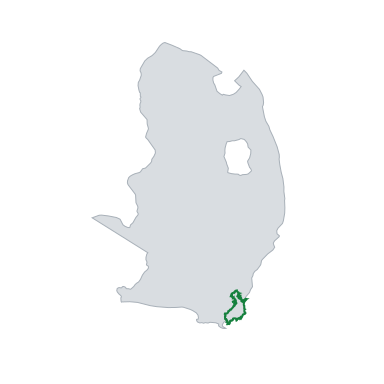 Overberg, Western Cape, South Africa shown in context, rotated 302°
{"feature_id": "47623444B61406186088349", "entity_name": "Overberg", "entity_type": "district", "adm_level": 2, "iso_a3": "ZAF", "parent_name": "South Africa", "parent_adm1": "Western Cape", "projection": "orthographic", "projection_center": [19.752, -34.228], "detail": "fine", "context": "in_parent", "style": "outline", "palette": "green", "viewbox_px": 384, "rotation_deg": 302, "n_neighbors": 0, "source": "geoboundaries", "source_scale": "gbopen_adm2", "svg_char_len": 8235}
<svg xmlns="http://www.w3.org/2000/svg" viewBox="0 0 384 384"><g transform="rotate(302 192 192)"><path d="M269.2,82.8L278.1,82.5L282.0,83.5L286.6,85.9L290.9,87.0L298.4,87.2L301.0,87.8L303.0,88.6L304.4,89.8L305.9,97.5L307.1,105.7L306.9,108.3L307.0,109.3L308.8,112.9L309.4,115.1L310.5,117.0L312.5,125.9L312.6,127.4L310.7,148.1L309.5,150.5L309.6,153.8L308.3,154.1L301.5,149.1L300.2,149.1L298.0,150.4L295.9,152.6L294.9,154.6L290.7,159.8L290.2,163.4L290.2,166.4L291.4,166.7L292.1,169.0L293.7,172.7L296.8,175.3L299.8,176.7L304.1,177.5L307.5,177.8L307.5,175.4L308.9,169.2L314.4,170.7L322.8,171.5L321.8,175.6L317.8,184.5L314.8,194.8L311.8,199.8L310.2,201.9L305.8,205.3L303.5,206.3L301.7,206.5L294.1,213.6L291.2,217.1L288.4,222.4L285.9,225.2L282.0,231.3L275.4,240.3L270.0,246.1L267.7,247.7L266.1,248.4L262.0,251.7L256.1,257.1L251.6,261.9L245.0,267.3L241.2,269.6L235.5,274.3L234.0,274.9L227.7,279.2L223.2,281.8L216.1,284.7L213.3,285.4L206.8,284.1L204.0,284.4L201.6,286.3L201.2,289.2L200.3,289.6L194.3,287.9L191.8,288.0L190.3,289.5L189.0,291.4L185.6,291.3L179.5,289.0L172.4,287.5L170.7,287.3L167.1,288.7L165.9,288.8L160.8,288.4L158.0,287.3L155.3,287.2L153.2,288.0L150.7,288.2L143.7,293.5L140.2,293.4L137.2,294.0L131.9,293.2L130.3,293.5L128.7,294.5L125.0,294.9L123.6,295.7L117.4,300.6L114.9,300.1L111.7,300.1L108.1,297.4L106.7,297.6L107.1,296.8L107.2,295.4L105.9,293.9L104.5,294.0L103.7,292.8L101.5,292.7L99.8,293.1L99.4,288.5L98.5,288.0L96.3,288.0L95.3,288.1L94.8,288.6L94.2,289.6L94.3,292.9L93.5,291.9L92.6,290.0L92.3,288.0L92.6,285.5L94.2,284.6L93.7,281.5L91.0,276.2L89.4,275.1L88.2,272.4L86.9,271.4L86.4,269.5L85.1,268.0L84.7,265.6L85.3,264.2L86.4,263.4L87.5,264.6L88.8,264.1L90.7,262.4L91.8,259.7L91.8,255.5L91.5,252.8L89.8,246.0L89.1,244.4L85.6,239.6L81.4,233.1L76.1,222.9L73.5,216.8L69.5,204.3L66.0,197.4L61.7,190.9L61.2,190.5L61.8,189.7L64.0,188.1L65.0,187.6L65.5,187.8L66.0,187.4L66.5,186.3L66.8,184.0L67.7,181.5L68.6,180.4L70.6,179.7L72.1,180.6L72.7,181.5L73.0,182.6L73.7,183.2L74.7,183.1L75.5,183.8L75.9,185.3L75.9,186.4L75.3,187.1L75.4,188.0L76.2,189.1L77.0,191.5L81.0,192.7L83.3,192.8L85.4,193.4L87.4,194.4L90.7,194.6L95.3,194.0L99.0,194.2L102.0,195.2L104.1,195.4L105.5,194.8L106.0,193.8L105.9,192.5L106.5,191.7L108.0,191.4L109.2,190.4L110.1,188.9L112.2,187.6L115.4,186.6L117.1,186.7L117.2,121.0L123.1,125.6L124.5,127.6L127.4,133.8L130.3,141.4L130.8,145.1L130.6,145.8L127.6,150.8L127.4,153.2L127.8,156.1L128.5,157.6L129.3,158.0L131.4,157.3L134.7,158.2L140.8,157.9L143.9,158.3L144.7,158.1L145.4,157.5L146.2,155.8L147.0,155.3L149.8,154.6L151.1,153.6L153.2,150.2L159.5,145.8L160.2,144.7L164.3,133.9L165.5,132.4L167.3,131.4L170.7,130.7L172.7,131.2L174.8,132.3L177.2,133.9L180.7,137.1L181.9,137.6L185.5,137.8L187.7,139.9L194.4,141.5L196.4,141.6L198.5,140.6L202.0,140.8L205.7,140.3L208.1,138.5L213.0,126.8L213.6,124.2L214.1,123.5L217.7,122.4L222.1,121.7L223.0,121.2L225.9,118.0L229.6,115.5L232.5,106.2L234.3,104.1L235.3,103.2L235.9,103.3L236.9,102.7L238.1,101.7L239.6,101.1L241.2,100.9L242.3,100.2L242.9,99.0L243.8,98.4L244.9,98.6L245.6,98.2L245.9,97.4L248.7,95.6L248.8,94.7L250.4,92.9L253.6,89.9L256.5,88.4L259.2,88.3L264.2,87.1L266.0,85.7L267.2,83.8L269.2,82.8ZM251.4,222.8L255.6,221.5L258.8,219.7L259.8,215.8L262.3,213.7L263.4,211.5L264.3,208.5L263.2,205.1L261.3,204.0L258.0,200.9L256.7,198.9L254.7,197.1L253.3,195.1L250.9,195.5L247.0,196.7L244.6,197.9L242.5,199.4L239.0,200.3L235.4,205.4L234.2,206.5L231.4,210.2L227.6,211.8L227.5,212.5L228.5,215.8L230.0,219.0L231.6,221.7L231.4,223.3L231.9,224.6L233.4,225.6L235.9,229.0L237.2,230.1L241.2,231.2L241.8,231.0L243.0,229.2L243.3,227.9L246.3,224.0L247.6,222.8L251.4,222.8Z" fill="#d9dde1" stroke="#a8b0b8" stroke-width="1"/><path d="M102.0,287.2L102.3,287.9L101.7,288.4L101.4,289.0L101.7,289.0L101.7,289.3L101.9,289.3L101.7,289.7L101.6,289.8L101.4,289.9L101.3,290.1L101.2,290.1L101.2,290.3L100.9,290.4L100.7,290.4L100.8,290.6L100.7,290.8L100.4,290.7L100.5,291.0L100.3,291.2L100.2,291.3L99.7,291.5L99.6,291.8L99.5,292.1L99.4,292.1L99.5,292.2L99.5,292.3L99.6,292.5L99.8,292.7L99.7,292.8L99.4,292.8L99.6,293.0L99.6,293.3L99.7,293.5L99.8,293.5L99.8,293.4L100.0,293.5L100.1,293.4L100.4,293.2L100.7,293.3L100.7,293.2L100.8,293.2L101.1,293.0L101.3,292.9L101.7,293.1L101.9,293.0L102.1,292.8L102.2,292.7L102.5,292.8L102.7,292.7L102.8,292.8L102.8,292.7L103.3,292.8L103.8,293.2L104.1,293.6L104.0,293.8L104.1,294.0L104.3,294.0L104.8,294.0L105.0,294.1L105.3,294.2L105.3,294.4L105.5,294.4L105.8,294.1L106.0,294.0L106.4,293.9L106.9,294.3L107.3,294.8L107.7,295.5L107.9,296.3L107.7,296.5L107.4,296.9L107.4,297.0L107.2,297.5L106.9,297.5L106.6,297.8L106.8,297.9L107.0,297.7L107.1,297.8L107.2,297.7L107.3,297.8L107.5,297.8L107.6,297.6L107.9,297.6L108.0,297.6L108.2,297.4L108.4,297.4L108.5,297.5L108.8,297.8L109.0,298.3L109.3,298.4L109.4,298.5L109.4,298.4L109.5,298.4L109.6,298.5L110.0,298.6L110.2,298.8L110.3,298.9L110.3,299.0L110.5,299.3L110.7,299.5L110.8,299.5L110.7,299.6L110.8,299.6L111.0,299.6L111.2,299.8L111.3,299.9L111.2,300.0L111.3,300.0L111.6,300.1L111.8,300.4L111.8,300.5L111.7,300.6L111.8,300.6L112.0,300.6L112.4,300.6L112.4,300.4L112.5,300.3L112.6,300.2L113.4,300.4L113.7,300.3L114.1,300.3L114.5,300.2L114.5,300.3L114.9,300.3L115.0,300.3L115.4,300.4L115.5,300.6L116.0,300.8L116.3,301.2L116.5,301.2L116.5,301.3L116.9,301.5L117.2,301.5L117.3,301.5L117.3,301.4L117.5,301.4L117.6,301.2L117.9,301.2L118.1,301.0L118.1,300.9L117.9,300.9L117.8,300.4L118.0,300.1L118.3,299.8L118.9,299.4L119.6,299.0L120.3,298.9L120.6,299.0L120.6,298.8L120.6,298.7L120.6,298.4L120.8,298.1L121.1,297.9L122.0,297.5L122.3,297.1L123.1,296.8L123.3,296.5L123.4,296.1L123.6,295.8L124.4,295.3L125.1,295.0L125.7,294.8L126.7,294.6L127.2,294.7L127.3,294.7L127.5,294.7L127.9,294.7L128.0,294.7L128.1,294.8L128.8,294.9L129.3,295.1L129.6,295.0L129.9,294.9L130.1,295.0L130.0,294.8L130.1,294.7L130.0,294.4L129.9,294.2L129.8,293.9L129.3,293.8L129.0,293.9L128.5,293.7L128.1,293.5L127.7,293.1L127.4,293.0L127.3,292.8L127.1,292.8L126.9,292.8L126.7,292.9L126.4,292.7L126.0,292.9L126.1,292.6L126.1,292.4L126.4,292.2L125.9,292.0L125.9,291.9L125.6,292.0L125.6,291.9L125.7,291.6L126.1,291.5L126.6,290.9L126.9,290.6L127.5,290.2L127.6,290.4L127.9,290.1L127.5,289.9L127.1,289.9L126.9,289.6L126.8,289.2L126.7,289.0L126.8,288.7L126.7,288.3L126.7,288.1L127.0,288.1L127.4,288.1L127.5,288.2L127.5,288.4L127.7,288.2L128.4,288.3L128.2,287.8L128.3,287.8L128.0,287.6L127.9,287.2L127.6,287.3L127.5,286.7L127.8,286.7L127.8,286.8L128.1,286.9L128.0,286.7L128.0,286.3L127.9,286.3L127.7,286.4L127.7,286.2L127.7,285.8L127.7,285.7L129.2,285.6L129.4,285.5L129.5,285.9L129.7,286.1L129.7,285.9L129.9,285.9L130.1,285.8L130.3,285.9L130.9,285.7L131.2,285.9L131.1,285.6L131.2,285.2L131.4,284.8L131.0,284.6L131.2,284.4L131.5,283.1L132.3,282.2L131.9,281.9L131.6,282.0L131.2,281.6L131.2,281.2L130.4,281.0L130.4,281.5L129.2,281.4L129.3,281.1L128.8,281.0L128.0,280.1L127.2,279.7L126.9,280.0L126.0,280.5L125.9,279.7L124.7,280.0L125.2,280.4L124.7,280.8L124.2,280.8L124.3,281.6L123.9,282.4L124.9,283.0L124.4,283.3L124.2,283.2L123.9,283.0L123.6,283.1L123.8,283.3L123.7,283.4L123.8,283.6L123.8,284.0L124.2,284.4L124.2,284.5L124.0,284.8L123.7,285.8L122.0,285.6L120.7,284.7L120.5,284.9L121.0,285.4L121.4,285.7L121.6,285.9L122.1,286.0L121.9,286.4L122.0,286.5L121.8,286.5L121.7,286.6L121.7,286.8L121.7,287.0L121.5,287.3L121.4,287.2L121.4,287.4L121.6,287.4L121.6,287.6L121.4,287.7L121.4,287.9L121.7,287.9L121.5,288.1L121.2,288.1L121.2,288.4L120.9,288.4L120.8,288.6L120.5,288.5L120.6,288.2L120.2,288.1L120.1,288.3L119.9,288.3L120.0,288.2L119.2,288.0L119.4,287.9L120.2,287.9L120.2,287.7L120.1,287.4L120.1,287.2L119.8,287.0L119.7,287.2L119.4,287.3L119.3,287.6L118.4,287.7L117.6,287.6L117.3,287.6L117.3,288.1L117.0,288.0L117.0,287.9L115.8,287.9L115.4,287.7L114.3,287.5L113.5,287.5L113.2,287.2L112.9,287.4L112.7,287.3L112.4,286.6L111.8,286.5L111.0,286.7L110.7,286.5L110.2,285.9L109.8,286.0L109.0,286.5L108.6,286.4L107.6,286.0L107.4,285.7L107.2,285.7L106.9,285.3L106.8,284.9L106.6,284.5L106.4,284.3L106.1,284.4L106.2,284.7L105.8,284.7L105.3,285.6L105.1,285.6L104.7,286.0L104.4,285.7L104.1,285.8L102.8,286.7L102.6,286.9L102.0,287.2ZM108.5,298.7L108.5,298.8L108.4,298.8L108.6,298.7L108.5,298.7ZM108.5,298.9L108.4,298.9L108.5,298.9L108.5,298.9Z" fill="none" stroke="#15803d" stroke-width="2"/></g></svg>